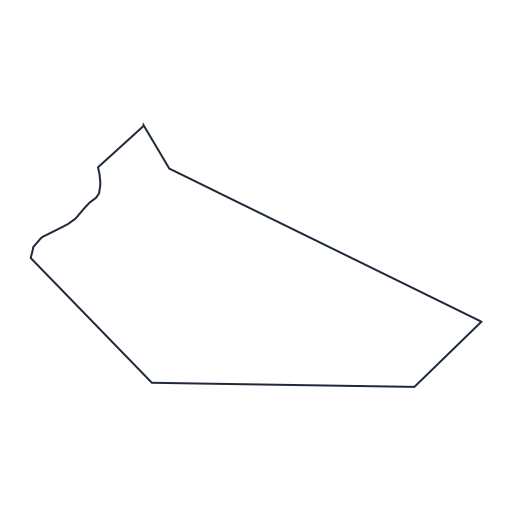 Olibo, Laborie, Saint Lucia
{"feature_id": "8701671B22058673565731", "entity_name": "Olibo", "entity_type": "district", "adm_level": 2, "iso_a3": "LCA", "parent_name": "Saint Lucia", "parent_adm1": "Laborie", "projection": "mercator", "projection_center": [-61.001, 13.777], "detail": "fine", "context": "isolated", "style": "outline", "palette": "slate", "viewbox_px": 512, "rotation_deg": 0, "n_neighbors": 0, "source": "geoboundaries", "source_scale": "gbopen_adm2", "svg_char_len": 468}
<svg xmlns="http://www.w3.org/2000/svg" viewBox="0 0 512 512"><path d="M30.7,258.0L151.9,382.8L154.3,382.8L197.1,383.5L414.4,386.9L481.3,321.8L480.6,321.3L169.3,168.6L143.5,125.1L143.3,126.2L98.0,167.3L99.5,174.1L100.3,182.2L100.1,186.6L99.3,191.6L99.1,193.3L96.1,197.7L89.5,202.7L84.6,207.9L75.5,218.6L68.6,223.6L67.9,224.1L56.0,230.2L55.2,230.6L42.7,236.8L41.0,238.1L33.3,247.0L32.9,249.4L31.8,253.6L30.7,258.0Z" fill="none" stroke="#1e293b" stroke-width="2"/></svg>